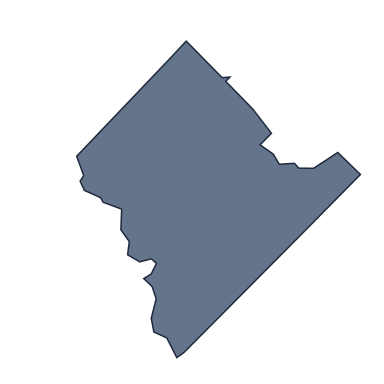 outline of Lee, Georgia, United States of America, rotated 134°
{"feature_id": "52423323B57343387643599", "entity_name": "Lee", "entity_type": "district", "adm_level": 2, "iso_a3": "USA", "parent_name": "United States of America", "parent_adm1": "Georgia", "projection": "robinson", "projection_center": [-84.108, 31.769], "detail": "fine", "context": "isolated", "style": "filled", "palette": "slate", "viewbox_px": 384, "rotation_deg": 134, "n_neighbors": 0, "source": "geoboundaries", "source_scale": "gbopen_adm2", "svg_char_len": 625}
<svg xmlns="http://www.w3.org/2000/svg" viewBox="0 0 384 384"><g transform="rotate(134 192 192)"><path d="M321.7,87.9L313.4,86.3L154.1,84.0L62.4,83.0L62.3,114.6L90.5,121.0L100.7,131.8L100.2,138.2L111.4,148.5L108.3,159.9L110.8,175.8L94.6,175.6L90.1,206.3L89.0,244.6L83.0,244.5L88.8,249.8L87.5,301.0L110.4,300.6L246.4,299.8L255.3,281.4L261.9,280.0L265.6,270.5L259.6,253.8L261.1,248.7L253.2,230.7L268.6,216.9L271.2,202.7L281.9,194.7L278.6,181.1L268.3,174.8L268.1,167.9L279.3,164.4L287.8,166.6L287.7,155.0L293.7,143.6L311.1,133.6L319.2,122.2L314.5,108.8L321.7,87.9Z" fill="#64748b" stroke="#1e293b" stroke-width="1.5"/></g></svg>